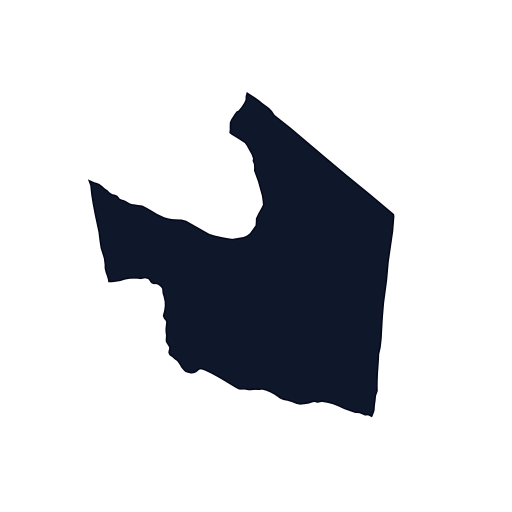 the district of Lopè, Ogooué-Ivindo, Gabon, rotated 301°
{"feature_id": "22940354B97125723234680", "entity_name": "Lopè", "entity_type": "district", "adm_level": 2, "iso_a3": "GAB", "parent_name": "Gabon", "parent_adm1": "Ogooué-Ivindo", "projection": "equal_earth", "projection_center": [11.763, -0.029], "detail": "fine", "context": "isolated", "style": "filled", "palette": "ink", "viewbox_px": 512, "rotation_deg": 301, "n_neighbors": 0, "source": "geoboundaries", "source_scale": "gbopen_adm2", "svg_char_len": 2856}
<svg xmlns="http://www.w3.org/2000/svg" viewBox="0 0 512 512"><g transform="rotate(301 256 256)"><path d="M181.5,175.3L180.9,177.4L179.9,179.2L179.6,180.7L179.8,182.4L180.5,183.5L181.4,185.1L181.7,187.2L181.4,189.3L181.1,190.9L180.2,192.9L176.3,195.7L174.3,198.0L170.4,201.7L166.5,204.2L162.3,206.0L157.1,207.6L155.5,209.8L154.8,212.1L153.5,213.7L147.8,216.3L144.8,218.1L141.8,220.5L138.5,222.1L136.7,223.3L135.6,225.2L134.3,227.9L133.4,229.2L131.9,230.2L130.1,230.5L128.4,231.3L127.1,233.2L127.0,236.1L126.3,239.5L126.1,242.5L125.3,244.5L124.1,247.1L122.8,249.3L121.8,252.0L121.0,255.1L121.6,257.8L122.5,260.6L124.2,262.7L126.0,264.0L129.0,265.0L130.4,265.7L131.5,267.6L132.2,270.9L132.9,277.7L133.3,288.0L133.3,299.4L133.3,306.0L133.5,309.9L134.3,311.5L136.3,314.6L138.0,319.0L141.5,323.9L143.2,327.1L145.3,329.8L146.5,333.8L147.2,338.7L147.4,343.3L147.2,346.7L146.9,349.9L147.4,353.5L148.8,357.2L150.1,362.4L150.7,366.4L151.9,370.0L154.5,373.4L157.1,376.6L159.9,379.0L161.7,380.9L162.4,383.8L165.5,387.2L167.7,392.7L169.3,398.1L170.3,404.1L170.9,410.2L172.1,416.1L173.2,421.4L175.2,425.3L175.8,429.0L176.1,431.4L177.0,432.5L177.9,434.1L178.2,437.7L181.8,437.1L184.7,436.4L187.3,435.0L190.3,433.6L193.4,432.3L197.8,430.2L202.7,429.2L207.0,426.5L211.5,423.9L218.8,419.9L223.4,417.6L230.0,414.2L235.0,411.5L241.1,409.5L241.4,409.4L249.3,405.8L267.9,396.0L281.5,389.3L302.3,380.3L319.0,372.2L330.4,367.4L347.6,360.2L360.7,353.7L362.3,352.4L367.2,321.7L371.5,291.8L376.2,262.1L383.1,219.8L385.8,199.0L387.8,194.9L388.9,190.9L389.7,182.3L390.2,179.4L390.7,173.9L390.9,167.1L391.0,164.6L387.9,165.5L384.7,167.3L381.2,167.7L375.9,167.5L371.1,166.7L369.7,165.6L366.9,165.3L360.4,165.1L357.2,165.5L353.4,167.6L351.6,168.8L348.4,170.3L348.1,172.7L348.1,178.1L347.8,188.2L346.7,191.0L341.2,200.5L338.3,204.0L336.2,204.7L334.3,207.3L331.2,209.5L328.6,210.9L321.2,220.0L311.1,230.6L306.9,234.0L303.7,236.3L300.1,236.6L293.8,236.8L288.3,237.3L285.5,238.9L282.2,240.6L276.7,240.2L272.1,239.8L268.4,238.3L265.5,236.2L261.6,231.7L257.8,227.2L255.7,222.1L254.1,217.8L251.6,210.4L250.2,204.7L250.0,197.7L249.5,178.0L248.2,173.6L246.2,170.0L243.7,165.3L242.3,161.5L241.2,157.5L240.8,153.5L240.4,149.8L240.4,146.8L240.4,143.0L240.3,137.7L240.0,132.7L238.2,128.7L236.8,125.1L235.8,123.0L235.4,121.0L235.3,119.9L235.3,116.0L235.0,113.7L234.4,111.9L234.2,109.4L235.0,107.5L235.5,105.8L235.1,103.5L234.4,101.6L234.2,99.6L234.4,97.3L235.1,94.9L235.3,91.4L236.0,88.0L236.3,84.7L235.9,81.9L235.2,79.6L234.8,76.0L234.6,74.3L231.6,78.1L228.8,80.2L224.3,83.6L217.6,89.2L208.4,97.4L195.8,109.2L188.0,115.3L183.3,119.2L176.0,127.4L171.3,131.1L167.9,133.2L165.1,135.9L163.0,138.5L160.4,141.4L158.4,143.1L159.3,144.7L160.9,146.9L165.1,152.0L168.9,155.4L172.2,159.2L175.9,165.2L177.5,168.8L180.3,171.8L181.1,174.2L181.5,175.3Z" fill="#0f172a" stroke="#020617" stroke-width="1.5"/></g></svg>